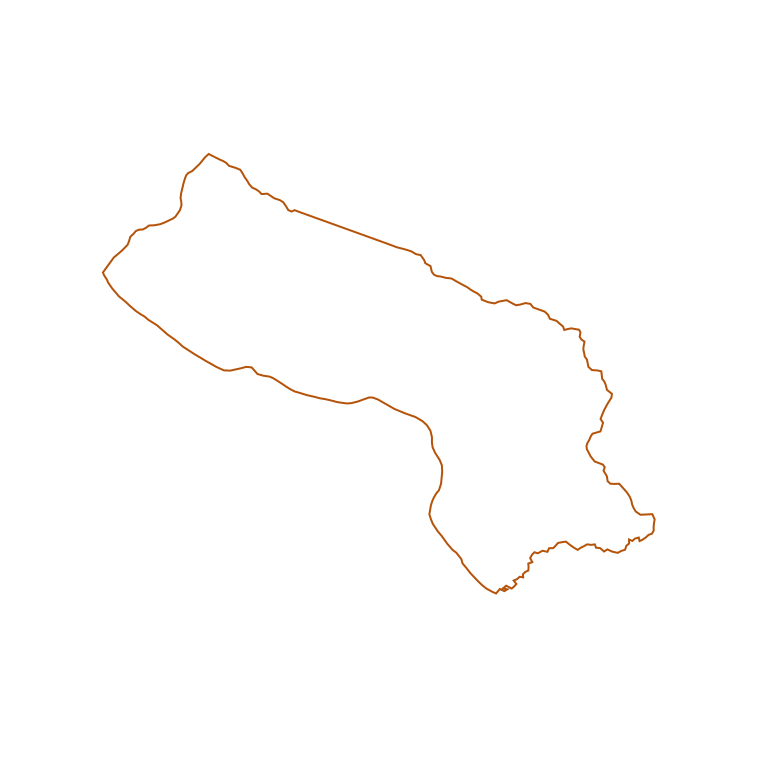 the district of Castilho, São Paulo, Brazil, rotated 288°
{"feature_id": "56859067B68099845799403", "entity_name": "Castilho", "entity_type": "district", "adm_level": 2, "iso_a3": "BRA", "parent_name": "Brazil", "parent_adm1": "São Paulo", "projection": "natural_earth1", "projection_center": [-51.587, -20.896], "detail": "fine", "context": "isolated", "style": "outline", "palette": "amber", "viewbox_px": 768, "rotation_deg": 288, "n_neighbors": 0, "source": "geoboundaries", "source_scale": "gbopen_adm2", "svg_char_len": 3755}
<svg xmlns="http://www.w3.org/2000/svg" viewBox="0 0 768 768"><g transform="rotate(288 384 384)"><path d="M548.6,146.2L544.4,143.8L536.2,140.6L527.3,135.8L524.1,132.6L521.3,131.4L517.9,131.2L513.3,131.3L503.0,132.1L498.1,133.0L495.2,134.6L491.5,136.2L486.2,136.2L478.6,133.9L476.1,132.1L470.2,125.9L466.9,121.9L464.0,116.6L462.1,111.5L458.9,109.3L456.4,106.8L454.9,103.0L452.6,100.6L449.4,99.4L445.6,97.2L441.1,97.4L437.0,97.1L429.8,93.5L420.7,87.9L403.2,82.2L401.0,84.1L397.5,88.4L395.3,90.2L391.0,95.8L385.5,104.7L382.1,113.4L379.8,118.1L376.6,125.9L375.1,131.1L374.2,135.3L372.3,139.8L369.7,150.0L364.2,162.8L361.7,170.8L360.4,174.3L358.9,177.8L357.5,180.8L353.8,194.6L350.8,207.7L348.4,219.5L347.5,227.6L349.2,233.6L354.7,243.0L357.7,247.6L358.9,253.0L354.4,260.6L354.6,266.6L355.7,273.1L355.2,277.2L354.4,280.5L352.4,288.0L351.2,292.0L350.2,296.0L349.3,301.4L349.5,306.6L349.6,314.1L350.3,321.7L350.6,327.4L351.4,332.6L351.9,337.6L352.4,345.6L354.0,354.7L355.7,358.8L359.1,364.3L363.0,369.3L366.6,374.0L367.6,377.4L367.4,383.0L363.5,401.6L362.6,413.2L362.3,424.1L360.6,432.0L358.1,437.5L353.9,442.6L348.3,446.0L343.1,447.7L338.8,449.8L334.3,453.9L328.9,460.5L324.5,464.2L321.6,465.3L318.4,466.5L306.7,469.1L300.0,469.1L296.0,467.5L291.3,466.5L287.7,466.1L283.3,466.1L274.1,467.4L269.9,470.4L266.0,473.7L260.4,480.8L257.4,485.7L251.5,493.7L247.4,500.6L245.9,504.9L243.1,509.1L241.4,511.6L237.7,514.1L234.6,519.0L230.9,524.5L227.1,531.4L225.3,534.8L223.0,539.5L221.0,544.8L219.8,551.4L219.4,555.3L224.8,557.5L224.2,562.5L226.8,564.7L226.5,560.4L229.9,562.5L228.9,568.6L231.5,570.3L234.7,571.7L237.1,568.1L239.5,570.8L242.6,572.6L243.1,576.1L245.8,574.9L248.9,576.4L251.2,578.9L254.5,578.1L257.8,576.7L260.4,580.1L263.6,576.8L267.6,577.6L270.5,579.1L270.5,582.6L274.4,586.3L274.9,591.3L278.8,591.7L280.1,595.5L282.8,597.0L286.6,598.6L288.9,602.8L290.3,605.7L288.5,610.5L287.0,615.3L286.1,619.5L289.0,621.6L291.4,624.1L294.3,626.8L295.0,630.7L296.6,634.1L293.8,636.2L294.7,640.3L292.7,645.1L295.7,647.5L295.1,652.5L295.6,658.4L298.5,661.2L300.9,664.5L305.0,664.5L308.1,666.4L311.8,665.1L311.5,668.7L314.5,670.4L316.7,673.7L313.6,675.6L315.6,677.8L318.8,680.3L322.3,682.3L324.5,685.1L327.8,685.8L331.7,684.5L335.6,683.7L338.8,683.3L343.1,679.4L338.9,668.3L340.5,662.9L343.1,659.8L346.1,657.2L349.5,655.3L352.6,652.7L356.0,648.5L361.8,638.5L360.1,633.8L359.1,630.1L360.7,626.7L365.1,624.5L369.4,619.6L373.0,619.7L375.0,617.1L375.4,608.3L379.0,602.9L384.8,597.0L387.7,595.7L390.6,595.7L394.3,596.5L398.1,596.8L401.2,597.7L405.8,604.5L414.9,604.3L417.6,600.8L422.5,601.0L427.1,601.4L434.3,602.7L438.1,603.7L441.3,604.5L445.1,603.8L447.3,597.9L452.0,594.9L454.6,592.5L456.3,589.9L463.2,586.8L462.8,582.6L461.5,577.4L463.5,573.1L469.9,569.5L472.2,566.4L475.1,564.9L478.4,562.9L481.5,562.2L486.3,561.6L487.3,558.0L489.4,555.5L493.8,554.9L495.9,552.8L494.8,545.0L493.2,542.0L491.1,538.8L494.1,536.4L495.7,532.2L497.4,528.5L497.3,521.6L500.6,518.5L502.5,514.5L502.9,502.2L505.4,498.5L504.7,493.6L501.4,488.6L499.7,485.2L500.2,481.9L501.6,474.7L497.7,467.5L494.8,464.3L494.0,457.9L494.4,450.9L497.1,449.5L499.1,444.6L499.7,440.6L500.6,436.8L501.8,433.3L502.7,427.8L504.0,421.1L505.2,415.5L504.1,410.4L503.7,404.5L503.0,401.1L503.4,397.8L505.5,394.8L510.5,391.8L511.6,386.0L514.1,384.1L517.9,379.1L517.4,374.2L518.6,369.1L518.6,363.9L518.3,358.4L518.0,353.7L518.2,350.3L518.7,335.9L520.6,277.4L521.4,251.4L521.7,245.2L519.5,242.9L519.8,239.3L522.5,236.2L525.7,232.0L526.7,228.2L526.7,222.2L529.0,214.3L526.8,208.9L528.7,205.3L529.7,201.4L530.0,198.0L532.4,194.0L535.1,191.0L537.6,187.6L540.9,184.1L543.3,181.2L543.7,176.2L543.6,169.1L545.4,166.0L546.3,162.4L546.7,158.3L547.3,154.3L548.0,149.8L548.6,146.2Z" fill="none" stroke="#b45309" stroke-width="2"/></g></svg>